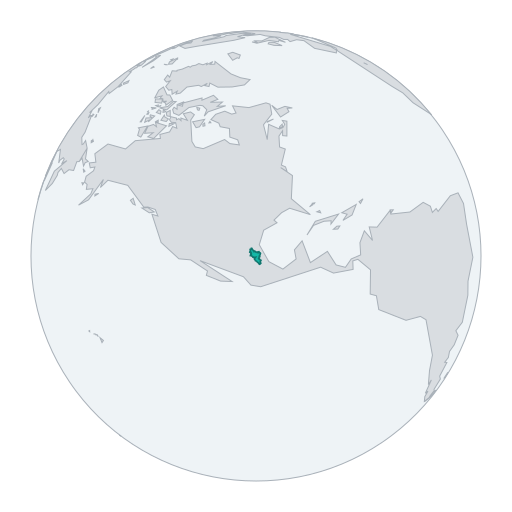 Nuevo León on an orthographic globe, rotated 326°
{"feature_id": "MEX-2714", "entity_name": "Nuevo León", "entity_type": "State", "adm_level": 1, "iso_a3": "MEX", "parent_name": "Mexico", "parent_adm1": "", "projection": "orthographic", "projection_center": [-99.943, 25.492], "detail": "fine", "context": "on_globe", "style": "filled", "palette": "teal", "viewbox_px": 512, "rotation_deg": 326, "n_neighbors": 0, "source": "natural_earth", "source_scale": "10m", "svg_char_len": 11658}
<svg xmlns="http://www.w3.org/2000/svg" viewBox="0 0 512 512"><g transform="rotate(326 256 256)"><circle cx="256" cy="256" r="225" fill="#eef3f6" stroke="#a8b0b8"/><path d="M42.8,328.4L43.3,329.9L43.3,330.0L42.8,328.4ZM338.6,315.7L333.5,314.2L329.0,321.4L310.7,313.5L303.3,301.4L242.7,284.1L235.5,277.3L234.0,266.2L207.0,228.5L221.9,263.8L212.6,257.0L204.0,244.3L207.4,241.3L199.7,222.7L190.5,215.2L184.9,191.7L193.1,163.2L197.0,168.0L198.5,161.1L193.8,155.0L190.3,152.7L189.2,125.7L175.6,110.4L165.3,112.2L172.3,107.2L148.6,115.8L137.3,114.6L153.8,112.1L158.4,109.0L152.6,105.9L156.0,102.2L155.2,98.9L159.8,94.9L169.0,94.5L172.2,92.1L167.9,90.2L169.8,85.6L175.7,88.7L179.6,81.1L195.9,80.4L207.7,94.3L220.4,92.9L242.5,105.1L244.3,101.5L253.7,104.8L259.3,102.1L261.8,105.8L264.0,100.5L260.6,97.8L260.5,94.7L263.4,93.0L267.2,97.2L266.3,98.6L268.9,99.0L269.5,101.9L270.9,99.6L275.0,105.2L275.3,97.4L282.3,100.0L283.9,104.4L277.9,106.8L266.9,125.2L266.6,131.6L272.3,137.5L295.1,141.9L297.2,148.2L304.3,154.6L305.8,149.4L300.8,142.8L305.3,135.4L298.6,128.8L299.5,125.1L294.9,117.7L301.9,116.0L311.1,118.5L315.2,124.8L319.4,126.3L320.5,118.4L333.1,129.0L349.9,134.6L352.5,138.0L348.4,147.2L335.6,151.4L330.4,165.8L340.1,153.9L346.4,163.8L350.1,164.6L353.5,162.9L353.6,158.3L357.0,161.5L348.7,173.8L345.4,171.1L348.1,167.0L342.1,169.4L336.5,178.8L340.1,183.7L327.9,194.8L330.3,198.6L329.0,203.5L325.9,196.5L331.2,209.7L317.3,228.3L324.2,252.1L310.6,235.2L301.5,234.4L291.0,236.3L292.0,240.2L276.8,238.9L265.0,248.5L263.5,267.9L271.0,281.9L287.6,280.9L291.3,272.4L302.7,269.2L297.4,291.9L317.8,292.1L317.4,308.2L323.8,315.4L333.3,311.7L343.4,313.6L349.6,303.1L359.9,295.7L361.3,308.3L366.1,295.2L372.5,299.8L392.5,293.2L391.2,296.6L408.2,305.6L424.6,305.0L428.4,312.2L426.6,318.5L431.9,317.4L431.9,320.9L450.8,314.7L458.8,316.6L457.4,328.5L448.4,347.3L435.1,378.3L417.7,395.4L409.7,407.0L390.0,426.3L379.9,429.7L379.2,434.7L370.6,440.5L363.1,443.3L358.7,447.7L353.0,449.6L354.7,451.0L341.1,458.3L340.0,461.1L329.0,466.1L328.5,467.3L325.9,468.0L322.1,469.3L320.3,470.2L314.3,470.6L317.3,467.0L323.0,464.2L319.6,464.5L332.1,456.8L327.0,459.0L335.7,448.1L346.8,436.9L361.3,403.9L358.5,398.0L344.4,393.2L327.8,369.1L333.6,356.3L329.4,351.4L343.2,331.5L338.6,315.7ZM79.9,241.7L81.0,236.5L82.3,240.7L79.9,241.7ZM80.3,232.8L80.2,234.7L80.0,233.0L80.3,232.8ZM79.3,231.2L80.0,232.4L79.0,231.6L79.3,231.2ZM77.7,229.7L78.6,230.3L78.4,230.4L77.7,229.7ZM324.6,260.4L347.9,267.4L336.0,271.4L338.0,268.8L331.8,265.2L320.8,262.8L310.0,267.1L324.6,260.4ZM75.8,225.8L75.5,224.7L76.4,224.8L75.8,225.8ZM331.9,245.3L327.9,245.2L331.6,244.3L331.9,245.3ZM188.2,152.4L193.3,155.3L196.3,162.6L191.7,160.5L188.2,152.4ZM183.0,139.6L186.4,139.5L184.4,146.2L183.1,144.1L183.0,139.6ZM157.1,114.7L160.6,116.2L156.0,116.1L157.1,114.7ZM154.2,99.1L152.1,100.0L152.6,97.9L154.2,99.1ZM291.4,119.3L293.1,118.6L293.1,120.3L291.4,119.3ZM287.8,117.0L286.5,119.5L284.6,118.8L285.5,117.2L287.8,117.0ZM160.1,90.2L161.5,87.0L161.7,90.1L160.1,90.2ZM289.8,114.0L281.4,117.3L278.1,116.1L278.5,109.3L289.8,114.0ZM163.3,85.0L166.5,77.7L162.2,78.8L176.3,72.2L168.9,80.2L169.8,83.8L166.6,83.1L163.3,85.0ZM258.3,97.7L262.0,100.5L256.2,99.8L258.3,97.7ZM254.6,98.0L236.9,101.3L232.9,96.7L239.7,96.3L232.3,92.0L239.0,88.1L244.6,89.6L245.8,93.2L247.4,89.0L254.6,98.0ZM183.7,70.0L185.8,68.5L185.3,70.1L183.7,70.0ZM260.0,93.4L256.8,94.3L253.1,90.3L258.8,87.9L258.2,89.9L260.0,93.4ZM227.0,93.0L225.3,89.9L230.3,85.7L230.2,84.0L238.8,87.6L227.0,93.0ZM260.5,90.0L261.8,86.8L266.3,87.3L262.9,92.4L260.5,90.0ZM249.7,90.4L248.2,88.5L250.9,88.7L249.7,90.4ZM282.7,87.9L279.0,88.7L276.7,86.6L282.7,87.9ZM262.0,85.6L260.5,85.5L259.2,84.8L261.0,82.9L262.0,85.6ZM241.7,84.6L244.2,83.7L238.5,82.9L242.0,80.1L247.0,83.2L246.3,80.7L247.4,79.9L250.3,83.3L241.7,84.6ZM258.8,79.2L266.4,82.7L273.9,81.6L276.1,83.3L263.7,84.9L258.8,79.2ZM253.6,81.3L257.3,80.4L258.2,82.8L256.1,84.9L253.6,81.3ZM242.5,77.3L235.8,80.7L235.0,80.0L242.5,77.3ZM260.8,78.4L258.9,77.6L261.2,78.0L260.8,78.4ZM247.9,77.0L245.7,78.2L244.8,77.3L247.9,77.0ZM257.0,75.2L259.5,76.2L258.2,77.6L257.0,75.2ZM252.7,75.6L252.0,74.1L256.2,77.5L251.9,76.3L252.7,75.6ZM247.4,75.9L246.1,75.8L248.5,75.5L247.4,75.9ZM260.5,69.6L266.2,73.6L263.3,76.5L258.2,72.2L260.5,69.6ZM323.0,470.4L314.1,471.0L319.7,470.5L327.0,467.9L330.5,467.9L323.0,470.4ZM343.1,462.6L349.5,459.9L350.1,459.9L345.8,461.8L343.1,462.6ZM401.8,84.3L400.6,83.8L405.5,87.8L406.6,88.5L411.4,92.9L408.4,91.4L416.3,101.1L435.0,124.0L437.8,130.4L436.2,132.6L420.7,116.6L416.2,104.3L410.6,99.4L404.1,97.3L403.3,94.1L400.1,92.0L397.6,87.8L386.9,78.7L383.3,74.6L372.0,68.6L368.6,65.9L376.3,70.0L379.7,71.2L369.9,62.7L366.0,60.4L359.4,57.4L357.6,55.9L352.5,54.1L343.4,49.3L350.2,54.0L342.7,51.7L333.3,47.9L332.1,48.3L347.3,54.5L352.2,56.4L354.5,56.5L369.1,63.7L374.0,67.3L363.3,63.8L369.1,68.9L358.3,64.8L323.9,48.9L313.2,44.2L310.3,39.3L316.9,40.8L321.2,43.0L323.8,42.2L320.4,41.6L318.9,40.7L311.3,39.0L309.9,38.4L305.1,38.3L302.4,37.3L305.5,37.3L292.1,35.0L284.7,33.4L282.3,33.3L281.9,33.6L272.8,31.9L271.5,31.9L274.0,32.4L272.9,33.0L267.5,33.7L264.7,33.0L266.3,32.7L265.2,31.5L269.8,31.3L268.1,31.2L263.4,31.2L264.7,32.6L262.3,33.2L260.7,32.3L261.1,32.7L259.0,32.8L254.2,32.5L255.5,33.6L236.3,38.5L225.1,39.2L225.9,37.3L209.4,42.2L198.2,44.0L200.5,44.3L194.2,47.7L197.6,47.1L198.2,47.6L183.5,57.8L177.9,60.2L174.1,66.3L175.3,66.6L179.3,65.0L176.3,72.2L162.2,78.8L160.2,77.6L152.6,83.1L149.2,79.9L143.0,80.3L143.6,74.6L138.6,76.0L136.2,78.1L127.6,82.0L118.0,83.9L136.3,72.9L152.6,71.2L146.9,70.7L151.3,68.3L151.2,66.7L146.8,67.0L144.4,68.6L153.5,58.3L149.4,57.9L142.0,62.6L135.0,66.7L125.8,72.1L139.6,63.1L154.1,55.1L169.1,48.2L184.5,42.4L200.4,37.7L216.5,34.2L232.9,31.9L249.4,30.8L265.9,30.9L282.4,32.3L298.7,34.8L314.8,38.5L330.6,43.4L346.0,49.5L360.8,56.6L375.2,64.8L388.9,74.1L401.8,84.3ZM480.5,236.9L480.5,237.2L479.6,234.7L471.9,216.8L468.9,202.8L463.5,191.2L438.4,131.7L438.5,128.2L424.9,107.0L424.2,106.1L434.4,118.5L443.8,131.6L452.2,145.3L459.6,159.6L466.0,174.4L471.3,189.6L475.5,205.2L478.5,221.0L480.5,236.9ZM453.3,156.0L455.5,159.7L453.3,156.0ZM393.1,292.8L395.6,294.5L392.5,295.6L393.1,292.8ZM335.1,277.1L339.7,276.5L342.3,278.0L338.9,279.4L335.1,277.1ZM371.8,268.6L376.7,268.4L372.0,270.9L371.8,268.6ZM351.3,268.1L367.9,269.3L358.6,275.7L348.0,275.1L354.9,272.3L351.3,268.1ZM331.2,253.4L334.2,253.9L333.8,256.4L331.2,253.4ZM334.5,244.8L333.5,245.3L331.7,243.5L334.5,244.8ZM346.9,163.0L347.7,162.1L351.4,161.3L350.4,163.6L346.9,163.0ZM363.6,148.1L368.9,153.6L364.4,151.0L364.0,154.8L354.1,154.5L353.3,139.8L355.4,146.3L363.6,148.1ZM340.7,150.9L347.1,152.2L340.2,151.4L340.7,150.9ZM384.7,86.9L386.3,86.1L390.8,89.3L395.3,96.2L388.8,91.5L384.7,86.9ZM387.5,84.6L375.7,80.1L372.4,76.3L376.2,79.1L375.3,76.9L381.2,81.0L389.6,82.3L394.1,85.3L399.9,95.3L395.6,90.1L394.3,90.9L387.5,84.6ZM351.3,81.2L346.1,80.7L345.7,72.7L350.6,74.1L355.4,80.6L352.4,82.7L351.3,81.2ZM292.1,102.0L290.2,103.4L289.2,102.1L290.0,99.8L292.1,102.0ZM281.2,88.4L299.6,94.8L298.3,96.6L310.6,99.0L312.0,104.8L304.0,103.0L314.3,109.6L307.6,110.3L314.9,114.5L296.9,109.7L291.3,111.1L297.0,107.2L295.9,101.7L293.7,99.7L283.4,95.4L270.7,96.3L267.6,91.5L268.8,87.9L271.3,86.9L272.6,90.2L275.1,86.6L278.8,90.7L281.2,88.4ZM284.0,56.6L284.4,59.5L290.1,55.6L293.8,58.5L294.3,57.9L299.3,59.8L306.2,61.1L307.0,62.7L309.3,62.6L312.7,64.1L316.2,64.5L318.9,67.8L323.3,68.8L322.1,69.8L329.0,70.7L325.1,71.5L329.1,73.9L330.8,71.8L337.1,91.1L342.8,99.5L349.7,106.4L342.1,107.7L330.7,102.5L318.8,94.7L314.4,86.8L311.8,89.2L308.9,86.2L312.2,85.6L305.4,84.9L303.9,82.4L293.2,77.3L284.3,78.6L280.2,77.0L282.9,75.3L276.9,75.0L279.3,70.9L276.4,69.8L275.9,65.0L282.9,62.8L279.1,61.8L278.6,58.5L284.0,56.6ZM260.6,68.2L268.1,64.2L273.8,64.1L272.3,72.7L274.6,74.3L273.9,80.4L265.6,80.6L266.5,78.8L265.6,77.1L268.6,77.7L265.4,75.9L266.7,73.5L264.6,71.6L267.6,70.7L260.6,68.2ZM417.7,100.0L416.1,98.1L420.5,102.3L421.7,103.9L417.7,100.0ZM411.4,93.8L415.7,97.7L414.1,96.5L411.4,93.8ZM374.4,68.5L372.2,66.7L373.4,67.1L376.4,68.9L374.4,68.5ZM301.8,48.0L301.1,49.0L299.5,48.7L293.9,49.9L290.7,48.1L292.8,46.7L301.8,48.0ZM297.3,46.2L295.4,46.8L295.0,45.6L297.3,46.2ZM288.1,47.0L286.9,45.5L289.7,48.1L288.1,47.0ZM267.0,35.9L278.4,35.8L284.4,35.5L284.5,34.5L289.3,36.3L280.0,36.8L267.0,35.9ZM240.4,38.0L240.4,39.5L237.1,39.4L236.7,39.1L240.4,38.0ZM242.6,38.5L248.7,39.6L246.6,40.8L242.2,39.7L242.6,38.5ZM273.4,41.6L277.0,41.5L277.2,42.4L273.4,41.6ZM43.3,330.0L42.5,328.0L42.8,328.4L43.3,330.0ZM115.8,79.7L116.8,78.9L109.8,84.8L106.7,87.3L115.8,79.7ZM116.4,79.4L120.0,76.4L137.5,65.4L139.5,64.7L122.4,75.3L125.0,73.2L121.9,75.2L116.4,79.4ZM183.9,68.3L185.6,68.4L183.1,69.4L183.9,68.3ZM200.3,47.2L200.7,48.0L197.7,48.8L200.3,47.2ZM200.3,50.9L203.3,49.4L201.3,51.2L200.3,50.9ZM209.9,46.1L205.1,48.9L208.0,45.9L209.9,46.1Z" fill="#d9dde1" stroke="#a8b0b8" stroke-width="1"/><path d="M256.5,247.0L256.7,247.3L256.8,247.4L256.6,247.5L256.4,247.6L256.1,247.8L256.1,248.0L256.6,248.2L256.7,248.3L256.7,248.6L256.8,249.0L256.8,249.3L256.9,249.5L256.8,249.8L256.8,250.1L256.7,250.3L256.8,250.5L257.0,250.5L257.3,250.6L257.3,250.8L257.2,250.9L257.2,251.0L257.0,251.3L257.3,251.3L257.5,251.4L257.7,251.5L257.9,251.5L258.0,251.8L257.9,252.0L257.8,252.3L257.9,252.5L258.0,252.5L258.1,252.4L258.2,252.5L258.3,252.6L258.4,252.8L258.5,252.9L258.7,253.0L258.8,253.2L258.8,253.4L258.8,253.7L258.9,253.8L258.9,253.7L259.0,253.7L259.3,253.6L259.5,253.8L259.7,254.1L259.8,253.9L260.0,253.7L260.1,253.8L260.3,253.8L260.5,253.9L260.9,254.0L260.9,254.3L260.9,254.7L260.9,255.5L260.9,255.8L260.9,256.0L261.0,256.0L261.3,256.0L261.3,256.3L261.2,256.4L259.8,257.5L259.7,257.6L259.4,257.6L259.2,257.5L258.9,257.7L258.8,257.8L258.7,257.9L258.8,258.0L258.7,258.3L258.7,258.5L258.8,258.7L258.8,258.8L258.7,258.8L258.5,258.7L258.4,258.7L258.2,258.7L258.2,258.8L257.9,258.8L257.7,258.9L257.7,259.0L257.5,259.3L257.4,259.3L257.1,259.3L256.9,259.5L256.7,259.6L256.8,259.8L256.8,260.0L257.2,259.8L257.3,260.4L257.3,260.5L257.2,261.0L257.2,261.3L257.2,261.5L257.3,261.6L257.4,261.8L257.5,261.8L257.7,262.0L257.8,262.2L257.8,262.3L257.7,262.3L257.3,262.7L257.2,262.8L256.9,262.8L256.7,262.8L256.4,262.9L256.3,263.0L256.2,263.3L256.0,263.6L256.0,263.9L256.1,264.0L256.1,264.3L255.9,264.3L255.8,264.2L255.6,264.2L255.4,264.3L255.5,264.5L255.6,264.8L255.3,264.8L255.1,264.8L254.6,264.8L254.6,265.0L254.4,265.0L254.2,264.9L254.1,264.7L254.2,264.4L254.1,264.1L254.2,263.9L254.1,263.7L254.0,263.3L254.0,263.2L254.1,262.9L254.1,262.7L253.9,262.4L253.7,262.1L253.6,261.8L253.6,261.5L253.6,261.3L253.6,261.1L253.6,260.9L253.6,260.7L253.3,260.3L253.1,260.0L253.0,259.8L252.8,259.6L253.0,258.9L253.1,258.7L253.0,258.4L253.0,258.2L253.0,257.9L252.9,257.8L252.9,257.6L253.0,257.4L253.3,257.2L253.5,257.1L253.9,257.0L254.0,257.0L254.3,257.1L254.5,257.2L254.8,257.1L254.9,256.9L255.1,256.8L254.8,256.7L254.7,256.6L254.4,256.5L254.2,256.6L254.1,256.4L253.9,256.3L253.7,256.2L253.4,256.0L253.3,255.9L253.6,255.9L253.8,256.0L253.8,255.9L253.7,255.8L253.5,255.7L253.4,255.5L253.2,255.5L253.1,255.4L252.9,255.1L252.8,254.8L252.8,254.7L252.8,254.4L252.8,254.2L252.7,254.1L252.5,253.9L252.5,253.7L252.4,253.5L252.4,253.4L252.2,253.4L252.0,253.2L251.9,252.9L251.8,252.7L251.5,252.5L252.3,251.8L253.2,251.1L253.3,251.6L253.5,251.3L253.7,251.2L253.8,250.6L253.9,250.4L253.9,250.1L253.9,249.9L253.6,249.8L253.5,249.7L253.4,249.7L253.4,249.8L253.3,250.0L253.2,250.0L253.2,249.9L252.9,249.4L253.0,249.3L253.0,249.2L253.4,249.0L253.5,248.9L254.0,248.6L254.3,248.6L254.3,248.4L254.4,248.2L254.4,247.9L254.5,247.7L254.6,247.4L254.8,247.2L255.0,247.1L255.8,247.5L256.4,247.1L256.5,247.0Z" fill="#14b8a6" stroke="#0f766e" stroke-width="1.5"/></g></svg>